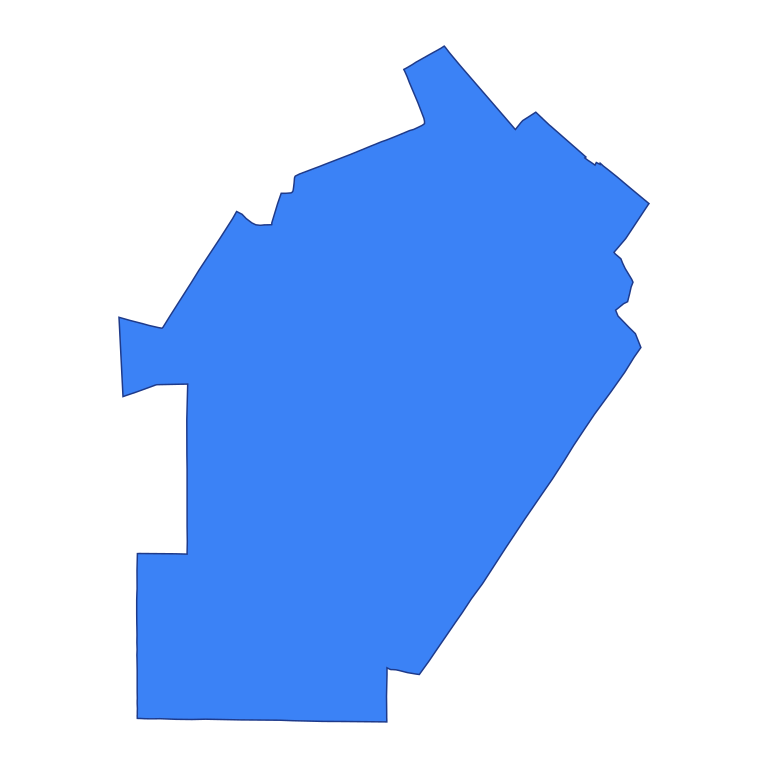 the district of Intorsura, Dolj, Romania
{"feature_id": "2599482B5939349037702", "entity_name": "Intorsura", "entity_type": "district", "adm_level": 2, "iso_a3": "ROU", "parent_name": "Romania", "parent_adm1": "Dolj", "projection": "orthographic", "projection_center": [23.557, 44.11], "detail": "fine", "context": "isolated", "style": "filled", "palette": "blue", "viewbox_px": 768, "rotation_deg": 0, "n_neighbors": 0, "source": "geoboundaries", "source_scale": "gbopen_adm2", "svg_char_len": 2767}
<svg xmlns="http://www.w3.org/2000/svg" viewBox="0 0 768 768"><path d="M386.8,721.9L386.8,720.4L386.7,717.5L386.7,714.6L386.6,704.1L386.5,696.4L387.0,674.5L387.0,667.8L388.5,668.6L390.0,669.3L391.0,669.6L392.7,669.6L396.0,669.8L399.2,670.5L407.4,672.6L415.7,674.0L419.3,674.5L429.4,660.5L432.7,655.6L437.6,648.4L455.3,622.6L462.3,612.6L471.3,598.9L474.3,594.8L482.5,583.7L505.7,547.9L524.8,519.1L541.0,495.5L552.4,479.0L564.1,460.9L573.6,445.5L584.5,429.1L594.6,414.1L610.8,392.0L624.8,372.2L634.1,357.2L640.9,347.5L635.4,333.7L628.9,327.3L618.0,316.0L615.6,310.2L623.6,303.7L627.6,301.7L629.6,293.8L631.1,287.1L633.0,282.2L631.7,279.3L625.1,268.4L622.6,263.1L620.9,258.8L615.2,253.9L614.0,252.3L625.7,238.6L648.3,204.5L649.0,203.6L630.1,187.9L626.2,184.6L623.1,182.0L616.7,176.6L607.3,169.1L603.3,166.0L601.8,164.6L600.2,163.2L600.1,164.0L600.1,164.4L596.3,162.5L595.0,165.1L591.4,162.6L587.5,160.0L584.8,157.9L585.9,157.0L550.9,126.3L549.5,125.2L535.8,112.2L522.7,120.6L520.8,122.7L515.4,129.5L515.0,129.1L514.8,128.9L506.9,119.7L460.1,65.5L450.5,54.0L450.0,53.4L449.6,52.9L449.1,52.3L445.3,47.3L444.2,46.1L441.0,48.2L429.1,54.8L416.1,62.1L412.3,64.6L405.6,68.5L403.8,69.4L404.0,69.9L404.8,71.4L407.2,76.8L409.5,82.8L417.9,102.7L424.0,118.6L424.2,120.0L424.5,120.9L424.5,122.0L424.5,122.7L424.5,123.6L423.4,124.5L421.9,125.5L418.2,127.3L413.7,129.4L409.5,130.6L395.1,136.6L386.0,140.2L381.6,141.7L371.0,146.0L349.8,154.7L325.7,164.0L319.4,166.5L315.9,167.8L299.7,173.9L295.3,176.1L294.9,176.8L294.5,177.9L294.1,183.0L293.6,187.2L293.2,190.0L292.9,191.2L292.2,192.1L291.6,192.6L290.9,192.9L285.7,193.3L282.0,193.3L281.2,193.3L277.6,203.7L271.8,222.9L271.8,224.3L271.7,224.7L269.2,224.8L264.1,224.9L261.7,225.2L260.0,225.3L255.8,224.8L251.7,222.8L246.1,218.5L242.1,214.3L238.2,212.3L236.6,211.5L232.5,218.8L220.2,238.0L199.0,270.1L191.6,282.1L178.4,302.8L170.3,315.5L163.1,327.1L162.7,327.6L162.1,328.1L161.8,328.2L158.5,327.6L148.8,325.4L143.5,323.9L129.9,320.4L119.0,317.3L123.0,396.6L126.4,395.4L135.9,392.2L155.3,385.1L156.7,384.7L160.6,384.6L180.3,384.2L187.7,384.1L187.4,395.8L186.8,419.8L186.9,454.8L187.1,469.1L187.1,526.3L187.3,541.8L187.1,552.2L187.1,554.1L175.4,553.8L139.2,553.5L137.4,553.6L137.0,570.4L137.1,588.8L136.9,593.2L136.7,600.1L136.7,613.5L136.8,623.6L136.9,627.0L137.0,635.1L136.9,642.5L137.1,649.5L136.9,655.1L137.0,658.3L137.2,670.3L137.2,678.4L137.2,687.6L137.2,689.6L137.2,692.3L137.3,697.7L137.3,698.9L137.2,700.7L137.2,703.6L137.4,708.6L137.3,711.4L137.3,712.9L137.3,714.6L137.2,715.6L137.3,718.4L140.8,718.5L144.4,718.7L149.5,718.8L154.2,718.8L159.9,718.7L175.9,719.3L192.0,719.5L205.6,719.2L241.3,719.9L242.9,719.9L279.4,720.2L292.8,720.7L323.3,721.4L344.5,721.5L386.8,721.9Z" fill="#3b82f6" stroke="#1e3a8a" stroke-width="1.5"/></svg>